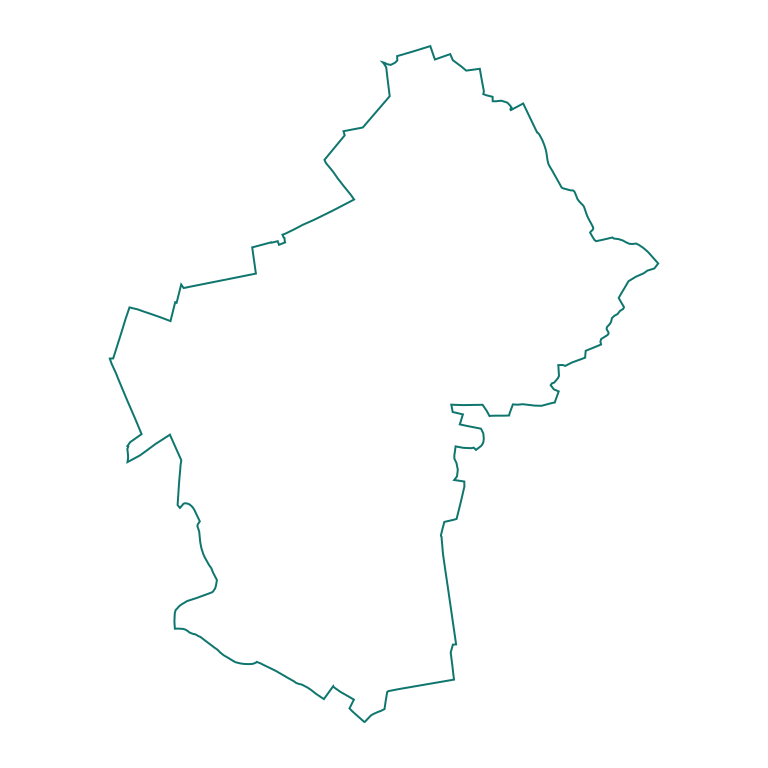 Tarcea, Bihor, Romania
{"feature_id": "2599482B43018225776190", "entity_name": "Tarcea", "entity_type": "district", "adm_level": 2, "iso_a3": "ROU", "parent_name": "Romania", "parent_adm1": "Bihor", "projection": "orthographic", "projection_center": [22.196, 47.457], "detail": "fine", "context": "isolated", "style": "outline", "palette": "teal", "viewbox_px": 768, "rotation_deg": 0, "n_neighbors": 0, "source": "geoboundaries", "source_scale": "gbopen_adm2", "svg_char_len": 4993}
<svg xmlns="http://www.w3.org/2000/svg" viewBox="0 0 768 768"><path d="M454.0,679.6L453.3,673.9L452.4,666.0L450.7,652.5L452.9,644.6L456.1,644.4L447.7,586.3L445.3,570.2L443.0,554.1L441.5,536.7L440.9,535.8L441.1,534.6L442.8,527.6L443.7,524.4L443.9,523.6L444.4,521.9L453.6,519.8L456.6,518.9L460.9,501.6L464.4,486.5L464.3,481.5L454.2,480.0L457.0,476.4L457.8,469.8L456.5,463.1L454.4,458.7L454.3,455.7L455.6,446.4L463.1,447.8L471.0,448.2L473.8,447.7L476.0,449.9L481.3,445.8L482.9,443.3L483.4,441.9L483.8,438.6L483.3,433.4L481.0,428.7L466.3,425.8L459.8,424.4L462.9,414.4L452.7,412.0L451.3,404.7L462.8,405.1L482.6,404.8L486.6,410.7L489.5,416.0L491.1,415.8L494.9,415.7L503.2,415.7L509.1,415.5L509.6,413.3L512.9,404.4L517.7,404.7L522.7,404.2L525.2,404.5L530.5,405.1L534.6,405.6L541.5,405.8L552.8,402.8L554.7,402.6L558.7,391.4L553.8,389.3L550.7,385.2L552.0,383.3L554.2,382.6L557.9,378.2L559.0,375.9L558.3,365.1L562.7,365.0L565.2,365.9L572.2,362.4L585.1,357.7L585.4,354.2L585.7,350.8L601.1,344.5L600.4,341.6L601.2,339.0L607.4,335.1L608.4,334.0L608.5,332.5L606.6,329.2L606.9,327.2L610.2,323.5L611.1,321.7L612.0,318.0L614.5,315.7L617.5,314.1L620.0,310.9L623.2,308.9L624.0,307.2L618.7,298.0L621.2,293.5L624.9,287.4L628.5,281.2L635.9,276.7L643.7,273.3L647.4,270.6L654.3,268.5L658.2,263.5L650.1,254.3L647.9,251.9L643.3,247.9L641.2,246.5L639.1,245.0L638.4,244.7L637.2,244.1L636.3,243.6L633.8,243.8L632.1,244.0L629.4,243.8L626.1,242.3L623.2,240.7L622.7,240.4L621.3,240.0L618.9,239.2L616.9,238.9L614.5,238.6L613.5,238.4L613.0,237.9L612.4,237.5L608.2,238.5L602.2,239.9L599.2,240.5L596.2,241.2L594.5,240.0L592.6,237.0L590.1,232.6L590.8,231.5L592.6,230.0L593.3,228.4L592.8,226.6L592.0,225.2L591.3,223.8L588.9,219.4L587.2,216.0L584.8,209.1L584.0,206.8L583.2,205.5L580.9,203.2L579.1,201.3L577.5,199.1L576.2,195.8L574.9,192.6L574.3,191.4L572.9,190.4L570.8,190.4L567.4,189.5L563.3,188.4L561.7,187.6L560.3,185.1L555.1,175.8L552.3,170.8L549.5,166.1L548.4,163.9L547.7,161.2L547.1,157.5L546.3,152.0L545.6,149.2L544.2,144.8L542.4,140.3L540.9,137.4L539.2,134.3L537.3,132.3L537.0,132.3L523.2,103.5L510.8,110.1L510.4,109.5L510.7,108.4L511.5,107.4L509.8,105.2L507.3,102.6L501.3,100.7L495.9,101.3L492.7,101.2L492.6,96.8L486.5,95.3L483.3,94.1L483.9,91.4L481.8,80.1L479.8,68.8L466.2,70.6L461.2,66.4L459.4,65.1L454.1,61.1L452.9,60.3L450.2,54.1L434.9,59.5L433.3,54.9L430.3,46.1L412.9,51.5L401.0,55.0L397.1,56.1L397.3,60.5L394.9,62.8L390.7,64.9L387.3,64.2L385.7,63.4L384.1,62.7L382.7,62.3L383.9,63.6L384.4,64.4L386.2,67.3L387.9,81.7L389.7,96.2L375.0,113.3L362.8,127.5L343.5,131.2L344.7,135.3L344.5,135.6L324.5,159.8L325.2,161.6L326.2,163.4L330.0,167.9L332.8,171.4L334.4,173.6L337.8,178.5L340.3,181.7L343.0,185.2L350.8,194.8L354.1,199.5L343.2,205.2L332.0,211.0L313.9,219.9L312.3,220.6L307.1,222.9L302.6,224.9L293.5,229.7L286.9,232.9L284.6,234.0L283.9,234.2L283.4,234.4L282.5,234.7L282.6,234.9L283.7,237.6L284.5,238.0L284.7,240.7L285.1,242.4L279.0,244.8L277.7,241.2L271.5,242.7L271.3,242.3L252.2,247.4L252.3,248.1L255.9,273.6L183.6,288.0L181.2,284.5L176.6,302.8L175.2,302.2L170.5,321.1L160.5,317.3L152.7,314.6L151.6,314.2L149.2,313.4L144.2,311.7L137.4,309.3L135.2,308.8L129.5,307.4L125.6,318.8L122.2,330.0L118.6,341.4L113.2,358.4L109.8,358.6L111.5,363.5L116.3,374.0L118.1,378.6L122.9,390.1L127.8,401.8L131.7,410.7L133.0,413.8L133.6,415.1L133.8,415.6L136.0,420.7L141.0,432.7L141.6,434.1L130.1,442.2L127.4,446.2L128.2,446.6L127.8,447.9L127.3,449.1L127.5,450.1L128.0,454.9L128.1,458.1L127.8,460.1L127.5,462.1L137.2,456.9L139.8,455.5L144.8,451.9L155.5,444.0L169.9,434.7L178.1,453.1L181.3,460.2L180.5,465.5L180.4,467.4L179.9,473.3L179.8,474.5L179.7,475.4L179.2,481.0L177.6,505.0L179.9,507.9L182.1,505.5L183.3,503.9L184.6,503.3L186.6,503.4L188.9,504.1L191.0,505.6L192.6,507.2L194.3,509.8L195.8,513.0L198.2,517.9L199.8,521.4L197.7,524.5L197.4,526.1L199.2,531.6L200.1,540.9L200.4,543.1L201.5,548.6L203.4,554.4L205.0,557.8L208.9,564.8L211.3,568.2L213.1,572.7L216.4,579.0L216.9,580.1L215.9,586.0L215.0,588.6L213.1,591.5L211.8,592.4L208.1,593.8L196.0,598.2L187.0,601.1L180.8,604.9L178.9,606.5L177.1,608.6L175.7,610.0L174.8,613.0L174.4,621.2L174.6,624.9L174.9,628.7L178.3,628.6L181.6,628.8L183.1,628.9L185.6,629.7L187.8,631.1L189.5,632.5L191.2,633.2L193.7,634.1L195.1,634.2L198.8,636.3L200.4,636.9L205.3,640.7L209.0,643.5L212.1,645.8L214.1,647.4L216.8,649.2L218.1,650.3L220.2,652.5L223.6,655.2L233.3,661.0L235.5,662.2L239.9,663.3L242.8,663.8L245.3,664.0L249.5,664.1L252.6,663.9L254.8,663.1L256.3,662.4L256.7,661.9L260.4,663.3L263.1,664.7L275.8,670.9L287.7,677.8L294.6,681.7L295.6,682.6L296.8,683.2L298.1,683.6L299.1,684.0L301.1,684.4L302.8,685.0L304.3,685.9L305.5,686.5L307.6,687.6L310.9,689.8L316.5,694.2L323.9,699.1L333.2,686.2L333.4,686.7L334.8,687.9L340.5,691.9L353.9,699.6L349.5,708.4L352.1,711.1L354.2,713.0L364.2,721.9L364.8,721.9L370.2,716.2L371.0,715.4L373.4,714.0L377.4,712.2L378.1,711.9L380.7,711.0L384.5,709.1L385.8,700.3L387.2,692.0L388.5,691.1L398.8,689.1L432.5,683.3L454.0,679.6Z" fill="none" stroke="#0f766e" stroke-width="2"/></svg>